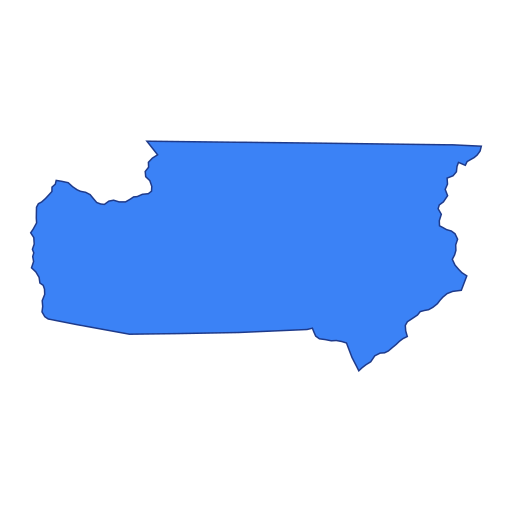 the district of Garuva, Santa Catarina, Brazil
{"feature_id": "56859067B65875190206725", "entity_name": "Garuva", "entity_type": "district", "adm_level": 2, "iso_a3": "BRA", "parent_name": "Brazil", "parent_adm1": "Santa Catarina", "projection": "albers", "projection_center": [-48.862, -26.067], "detail": "fine", "context": "isolated", "style": "filled", "palette": "blue", "viewbox_px": 512, "rotation_deg": 0, "n_neighbors": 0, "source": "geoboundaries", "source_scale": "gbopen_adm2", "svg_char_len": 1902}
<svg xmlns="http://www.w3.org/2000/svg" viewBox="0 0 512 512"><path d="M152.4,158.1L148.4,162.3L148.6,167.2L145.2,171.5L145.7,176.7L149.8,180.6L151.8,186.4L151.5,191.2L148.3,193.7L142.4,194.3L137.2,196.6L133.6,196.9L130.2,199.2L125.5,201.9L119.1,201.9L113.6,200.2L108.9,201.1L104.4,204.4L100.7,204.0L96.7,202.5L93.9,199.2L90.1,194.6L85.6,192.3L80.5,191.3L77.1,189.8L72.6,186.7L68.2,182.7L61.7,181.3L56.2,180.4L55.3,184.2L52.0,187.1L51.9,191.5L49.4,194.3L45.5,198.5L41.6,202.0L38.4,203.7L36.5,207.2L36.4,212.7L36.3,218.0L36.6,222.9L33.2,229.1L30.7,232.8L33.8,237.6L34.2,244.1L32.4,249.3L33.8,252.9L32.7,256.5L33.6,261.5L31.5,267.8L35.9,272.0L39.1,277.4L39.9,283.0L43.2,285.3L44.5,289.1L44.7,294.4L42.2,300.7L42.7,306.4L42.0,311.9L44.8,316.7L48.2,319.0L76.7,324.6L129.4,334.2L176.9,333.6L238.8,332.5L307.0,329.5L312.4,328.2L313.8,331.8L315.7,336.1L319.4,338.8L325.4,339.6L331.3,340.8L336.3,340.5L341.7,341.5L346.5,343.0L348.3,347.8L352.0,357.5L356.6,366.4L358.8,370.8L361.9,367.9L366.0,364.7L370.7,361.8L374.8,355.8L380.1,353.1L384.6,352.8L388.3,351.0L392.3,347.6L396.2,344.4L399.4,341.3L403.0,338.6L407.3,336.5L405.7,330.9L405.3,325.4L407.4,321.7L412.6,318.3L417.5,315.0L420.2,311.6L424.3,310.5L428.6,309.7L432.9,307.3L437.4,303.7L439.9,300.4L442.8,297.2L447.1,293.6L452.7,291.4L456.5,290.9L461.3,290.3L466.8,275.9L461.9,272.7L458.7,269.4L455.0,265.1L452.3,259.3L454.6,254.9L455.9,250.4L455.7,244.9L457.6,239.2L455.0,233.7L451.3,231.0L446.5,229.6L442.8,227.5L439.5,225.8L439.3,220.7L441.3,214.3L438.1,208.7L439.3,204.9L443.4,201.9L447.6,195.7L445.2,189.4L447.5,184.1L447.1,178.1L453.0,175.8L456.4,171.8L457.0,166.4L458.5,162.4L461.8,163.8L465.3,165.3L467.1,161.6L470.9,159.4L474.1,157.6L477.1,155.1L480.1,151.0L481.3,146.2L452.3,144.8L446.7,144.8L315.7,143.1L253.4,142.4L245.9,142.3L241.2,142.3L230.5,142.2L146.9,141.2L157.6,154.8L152.4,158.1Z" fill="#3b82f6" stroke="#1e3a8a" stroke-width="1.5"/></svg>